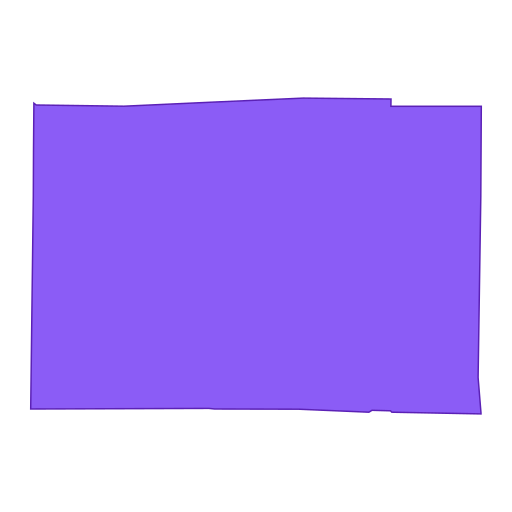 the district of Cross, Arkansas, United States of America
{"feature_id": "52423323B80774695679496", "entity_name": "Cross", "entity_type": "district", "adm_level": 2, "iso_a3": "USA", "parent_name": "United States of America", "parent_adm1": "Arkansas", "projection": "natural_earth1", "projection_center": [-90.753, 35.297], "detail": "fine", "context": "isolated", "style": "filled", "palette": "violet", "viewbox_px": 512, "rotation_deg": 0, "n_neighbors": 0, "source": "geoboundaries", "source_scale": "gbopen_adm2", "svg_char_len": 400}
<svg xmlns="http://www.w3.org/2000/svg" viewBox="0 0 512 512"><path d="M33.3,196.5L30.7,409.0L208.9,408.4L214.7,409.0L298.7,409.2L368.9,412.2L372.0,410.3L390.5,410.8L391.8,412.2L481.0,413.9L481.0,413.1L478.1,377.5L480.8,196.8L481.3,106.3L390.9,106.3L391.0,99.0L303.2,98.1L213.4,102.1L123.9,106.2L36.2,105.0L33.9,103.2L33.5,151.0L33.3,196.5Z" fill="#8b5cf6" stroke="#5b21b6" stroke-width="1.5"/></svg>